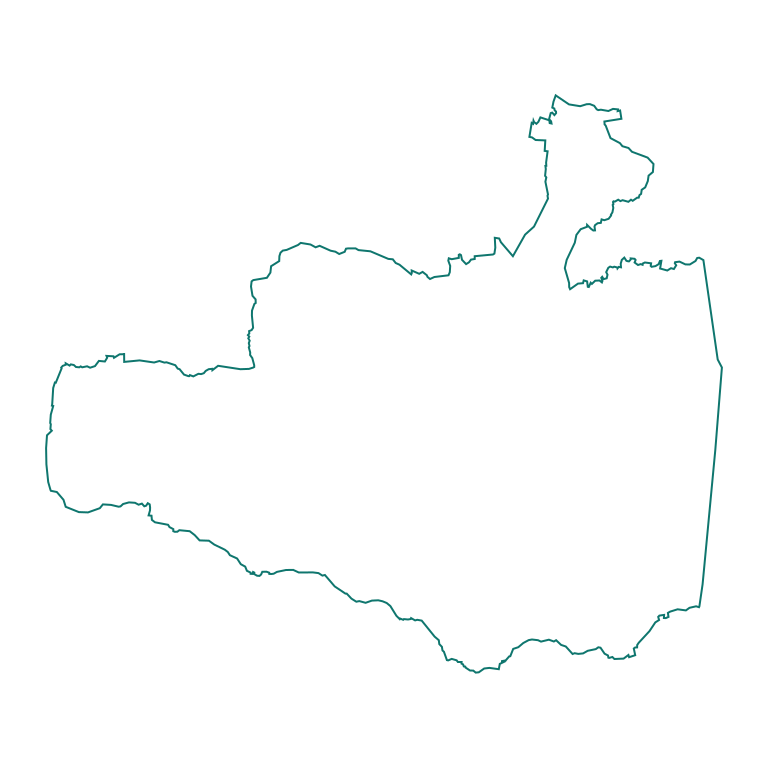 Chapala, Jalisco, Mexico
{"feature_id": "50627088B97222259694583", "entity_name": "Chapala", "entity_type": "district", "adm_level": 2, "iso_a3": "MEX", "parent_name": "Mexico", "parent_adm1": "Jalisco", "projection": "equal_earth", "projection_center": [-103.201, 20.28], "detail": "fine", "context": "isolated", "style": "outline", "palette": "teal", "viewbox_px": 768, "rotation_deg": 0, "n_neighbors": 0, "source": "geoboundaries", "source_scale": "gbopen_adm2", "svg_char_len": 6074}
<svg xmlns="http://www.w3.org/2000/svg" viewBox="0 0 768 768"><path d="M618.0,109.4L613.0,108.9L608.4,111.0L600.9,109.7L598.2,110.1L596.7,109.3L594.2,105.8L589.9,104.1L586.7,104.2L580.2,106.2L569.0,104.4L555.7,95.4L553.5,101.6L552.3,107.6L554.3,108.5L554.7,110.4L556.0,111.5L556.1,113.1L554.4,115.1L552.2,112.6L550.7,113.1L549.1,119.1L551.1,121.3L551.5,123.5L549.7,123.1L549.3,120.3L540.4,117.4L538.4,121.8L536.4,123.8L534.1,122.1L533.5,120.7L533.1,123.8L531.7,122.9L529.4,136.9L532.0,137.4L535.6,140.0L545.3,140.4L544.7,150.9L547.6,151.3L546.1,162.6L546.3,165.8L545.4,165.9L545.8,169.0L545.1,175.8L546.3,177.4L545.4,181.7L548.0,194.5L547.5,195.7L548.0,198.6L534.0,226.6L525.1,234.6L512.9,256.2L500.9,242.2L499.2,238.5L494.8,237.8L495.3,247.7L494.4,253.6L493.0,254.5L474.7,256.2L474.7,259.0L471.0,259.6L469.0,262.3L466.1,264.1L462.0,259.8L461.0,255.1L459.8,254.3L458.8,254.8L458.8,257.9L451.7,259.2L448.8,258.3L448.3,260.7L450.2,265.9L449.8,272.2L448.5,275.3L434.4,277.0L430.0,279.0L427.5,276.9L426.8,275.2L422.6,271.9L419.2,273.8L411.7,270.5L411.8,273.0L411.2,274.4L399.5,264.7L395.7,263.0L392.8,259.3L388.3,258.9L370.4,251.3L358.5,250.1L355.6,248.4L348.0,248.4L346.0,248.7L344.7,251.8L339.2,254.0L335.4,251.7L330.6,250.7L319.6,245.8L315.6,247.3L310.5,244.5L300.7,242.9L298.0,245.0L286.7,249.9L282.8,250.6L280.5,252.7L279.4,256.1L279.2,261.1L271.1,266.2L270.4,272.6L266.9,277.8L253.3,280.1L251.6,281.4L251.0,286.5L252.5,295.8L255.6,299.4L255.7,303.0L254.4,303.9L252.0,310.6L251.9,315.5L253.1,327.8L251.6,330.1L249.1,331.1L249.3,333.5L247.9,335.1L249.3,336.6L248.3,338.3L249.7,340.7L248.8,343.1L249.5,346.0L248.8,347.3L250.2,352.5L250.1,355.0L252.3,358.1L254.2,365.2L254.2,367.0L253.1,367.6L249.0,368.9L240.4,369.2L218.1,365.8L212.4,370.2L212.3,368.8L208.7,369.2L205.7,370.9L203.8,373.2L201.1,374.1L198.4,373.8L193.3,376.4L189.9,375.1L189.3,376.1L188.3,376.1L184.0,374.6L179.6,369.2L177.7,368.6L175.3,365.2L166.5,362.3L164.4,362.6L159.4,361.0L154.1,362.5L139.6,360.4L124.2,361.9L124.1,353.0L124.1,354.2L119.6,354.3L114.0,357.8L113.5,356.3L106.5,355.9L107.2,357.7L104.9,361.5L98.9,360.9L95.0,366.1L90.1,367.7L87.1,366.3L82.2,367.3L80.7,366.4L79.3,367.3L76.0,367.0L73.8,365.0L70.8,364.4L69.6,365.6L65.7,363.3L65.8,364.7L62.7,365.9L61.2,367.6L61.6,368.4L55.8,382.7L54.9,382.5L53.2,388.0L52.2,404.4L51.9,405.5L51.0,405.4L53.2,406.0L50.8,414.6L50.2,423.0L50.8,424.2L50.4,429.1L51.8,430.7L47.0,435.3L46.1,448.1L46.4,464.3L48.2,482.0L50.5,490.0L50.9,490.8L56.8,492.0L63.5,499.8L65.7,506.8L78.9,512.1L88.0,512.4L99.8,508.2L102.9,504.4L111.0,504.9L118.6,506.7L120.5,506.4L123.1,504.0L129.0,502.4L135.0,502.8L138.6,504.7L141.9,503.6L144.3,506.3L146.1,505.7L147.8,503.2L149.7,504.4L150.1,507.5L150.0,510.4L148.6,515.4L151.5,515.7L151.9,519.9L155.0,522.3L168.1,524.8L169.5,527.1L173.3,529.1L173.3,531.2L174.8,531.8L177.4,531.7L179.3,530.2L189.7,531.2L194.7,535.1L199.6,540.4L208.9,540.7L214.3,544.6L224.8,549.7L227.8,552.0L229.9,555.2L237.1,558.5L240.8,564.2L245.2,566.6L246.9,570.8L250.6,572.6L250.6,573.8L252.6,573.9L253.1,572.0L254.3,572.6L254.1,574.0L257.0,575.7L259.5,575.9L261.1,574.5L262.3,571.8L266.5,571.7L269.2,572.7L269.3,573.9L271.4,574.0L273.7,573.7L276.9,571.9L286.0,570.0L293.2,569.9L298.8,572.5L312.9,572.4L318.5,573.1L322.4,575.6L324.9,575.0L334.7,586.4L345.4,593.6L346.7,593.6L351.4,598.6L356.3,601.7L359.3,601.1L365.6,602.8L371.9,600.6L378.3,600.3L382.6,601.3L386.7,603.0L390.4,606.1L396.4,615.8L399.7,619.1L400.0,618.5L403.2,619.8L403.9,619.1L408.0,619.5L410.8,619.0L411.1,618.1L415.1,620.4L417.2,619.8L421.7,620.6L434.6,636.6L438.8,640.2L439.3,644.1L441.9,646.8L442.5,650.5L443.9,651.7L446.9,660.1L448.2,660.4L451.7,658.9L456.6,660.3L457.9,662.0L461.6,662.0L461.5,663.6L463.1,664.4L463.8,666.4L465.3,666.6L465.6,667.6L470.0,670.5L473.3,670.6L475.7,672.6L478.8,672.3L484.2,668.5L489.4,667.9L498.8,669.2L499.8,663.9L503.3,662.2L502.0,662.0L502.0,661.1L505.7,660.4L509.2,656.4L510.3,656.2L513.2,648.9L518.3,647.2L523.3,643.0L528.7,640.1L532.0,639.5L538.0,640.2L541.0,641.6L548.9,639.7L553.9,641.5L556.1,640.2L561.1,644.9L565.8,646.5L572.6,654.0L574.6,653.2L578.3,653.9L583.1,653.4L587.7,650.8L595.8,649.1L598.3,647.3L600.5,647.7L604.6,653.7L608.0,655.5L608.4,657.7L609.2,657.9L612.4,657.0L614.4,659.0L623.6,658.6L628.4,655.0L629.1,657.2L635.2,655.2L633.8,648.5L635.1,647.5L637.1,647.4L637.2,645.0L638.7,642.8L649.5,631.1L655.3,622.4L659.1,620.0L658.2,616.9L659.4,615.6L664.1,614.9L663.9,618.0L665.8,618.1L668.5,616.9L667.9,612.9L670.2,611.6L677.6,609.3L685.9,610.4L689.5,607.8L696.1,606.3L699.0,607.2L699.4,606.3L702.6,584.2L715.3,450.0L721.9,367.5L717.7,359.5L703.4,260.1L699.2,257.7L697.2,258.0L695.5,261.0L689.8,264.5L685.4,264.4L679.5,261.6L675.1,262.2L674.8,263.2L676.2,265.3L673.9,269.0L671.0,268.2L667.3,270.5L660.1,268.5L661.4,260.8L659.9,261.0L658.7,264.1L655.5,266.1L651.6,266.8L650.7,265.9L651.1,263.3L644.9,262.5L642.8,263.5L642.6,264.8L640.7,264.1L638.0,265.0L634.6,262.5L635.6,260.0L634.6,258.8L630.7,258.4L630.8,259.3L629.1,261.3L628.1,261.3L626.4,260.8L624.3,257.6L621.8,259.9L620.7,263.8L621.0,267.3L618.7,266.9L617.5,268.4L617.3,267.5L614.2,266.7L612.9,267.4L610.1,266.6L608.3,267.8L606.2,272.1L607.5,274.7L606.7,278.3L603.6,279.1L602.2,276.8L601.3,277.8L602.4,281.0L601.9,282.4L599.5,280.5L595.2,280.7L591.9,283.9L590.7,282.7L588.8,287.0L587.8,286.8L587.1,281.4L583.7,280.4L583.0,283.2L578.0,283.6L570.1,289.2L569.2,287.1L569.1,283.0L564.8,268.1L566.7,259.8L574.8,242.7L576.4,234.9L580.7,229.2L587.0,226.8L587.1,224.9L591.0,228.8L593.3,230.5L595.0,230.4L594.5,226.5L595.1,225.1L597.7,223.2L600.8,222.9L601.6,219.4L604.3,220.2L608.6,218.8L611.1,215.5L610.9,214.8L612.4,212.4L613.3,207.9L612.7,204.9L613.4,204.2L613.0,202.0L613.5,201.3L614.9,201.6L618.2,199.7L620.4,201.1L622.6,200.2L628.4,201.8L631.0,199.7L632.7,200.8L637.1,197.7L638.7,197.7L639.5,195.1L641.1,193.9L641.7,189.8L645.2,187.4L647.8,181.1L648.6,175.6L652.9,172.0L653.5,164.0L647.6,157.6L632.0,151.8L628.5,148.0L622.4,146.2L619.9,143.1L610.5,138.1L605.7,125.6L604.6,124.4L604.4,121.5L621.4,118.8L620.1,110.5L617.7,111.1L618.0,109.4Z" fill="none" stroke="#0f766e" stroke-width="2"/></svg>